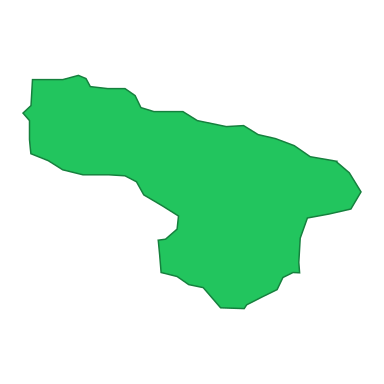 outline of Lund, Skåne, Sweden
{"feature_id": "70781695B29606605667306", "entity_name": "Lund", "entity_type": "district", "adm_level": 2, "iso_a3": "SWE", "parent_name": "Sweden", "parent_adm1": "Skåne", "projection": "equal_earth", "projection_center": [13.388, 55.685], "detail": "fine", "context": "isolated", "style": "filled", "palette": "green", "viewbox_px": 384, "rotation_deg": 0, "n_neighbors": 0, "source": "geoboundaries", "source_scale": "gbopen_adm2", "svg_char_len": 841}
<svg xmlns="http://www.w3.org/2000/svg" viewBox="0 0 384 384"><path d="M23.0,113.1L29.5,120.6L29.5,139.6L30.3,148.1L30.9,153.7L48.3,160.7L62.7,169.8L83.0,174.8L109.0,174.8L125.0,175.8L136.5,181.8L143.8,194.9L162.6,206.0L178.5,216.0L177.1,229.1L165.5,239.2L158.2,240.2L158.3,240.7L159.7,255.3L161.1,272.5L177.1,276.5L188.7,284.6L203.2,287.6L211.9,297.7L220.6,307.8L244.2,308.6L246.7,304.8L262.6,296.7L277.1,289.6L282.9,277.5L293.0,272.5L299.6,272.8L298.8,262.4L300.2,238.2L307.4,218.0L329.1,214.0L350.9,209.0L361.0,191.9L349.3,172.8L336.3,161.7L336.7,161.3L310.2,156.7L294.3,145.7L275.5,138.6L258.1,134.6L243.6,125.6L226.3,126.6L197.3,120.6L182.9,111.6L153.9,111.6L140.9,107.6L135.1,95.6L125.0,88.6L107.7,88.6L90.3,86.6L86.0,78.6L78.4,75.4L62.8,79.6L32.5,79.6L31.0,105.6L23.0,113.1Z" fill="#22c55e" stroke="#15803d" stroke-width="1.5"/></svg>